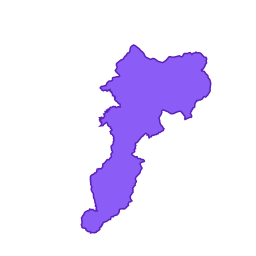 Rio Iró (Santa Rita), Chocó, Colombia (orthographic projection), rotated 312°
{"feature_id": "7082276B57881293772314", "entity_name": "Rio Iró (Santa Rita)", "entity_type": "district", "adm_level": 2, "iso_a3": "COL", "parent_name": "Colombia", "parent_adm1": "Chocó", "projection": "orthographic", "projection_center": [-76.486, 5.181], "detail": "fine", "context": "isolated", "style": "filled", "palette": "violet", "viewbox_px": 256, "rotation_deg": 312, "n_neighbors": 0, "source": "geoboundaries", "source_scale": "gbopen_adm2", "svg_char_len": 5941}
<svg xmlns="http://www.w3.org/2000/svg" viewBox="0 0 256 256"><g transform="rotate(312 128 128)"><path d="M26.3,171.2L27.8,173.3L29.3,174.2L30.2,173.8L31.0,174.4L33.2,174.9L33.9,174.8L34.8,173.7L36.3,174.1L36.7,174.1L37.2,173.6L38.1,174.0L38.6,173.2L39.8,173.5L41.1,172.8L44.1,174.4L45.5,174.9L47.0,175.0L47.7,175.5L48.3,176.2L50.3,175.1L51.2,175.1L51.5,175.4L52.0,176.4L52.6,176.2L53.9,176.6L56.0,178.0L57.6,178.1L58.9,177.9L59.5,177.5L60.1,177.4L61.5,176.2L62.0,176.2L62.9,176.6L64.1,177.9L65.0,178.3L65.0,179.1L65.9,179.7L71.0,180.1L71.2,179.3L72.3,178.7L73.5,178.3L74.3,178.7L75.0,179.4L76.0,179.3L76.5,179.6L77.0,177.2L78.0,176.3L78.3,175.5L79.9,175.0L80.6,175.1L81.3,174.8L83.7,174.7L84.2,174.0L85.4,173.2L86.3,171.6L87.3,171.8L89.1,171.4L90.1,171.7L90.9,170.9L92.2,170.2L93.1,170.3L94.2,169.6L94.5,168.4L95.1,167.5L95.9,167.1L97.1,166.8L102.6,166.9L105.1,165.6L106.9,165.5L107.5,165.3L107.9,164.8L108.1,163.4L108.7,162.5L109.2,161.2L110.1,160.5L112.4,161.4L113.7,162.4L114.3,162.4L114.7,161.7L114.7,160.6L113.6,158.9L113.4,157.4L112.3,156.2L112.0,155.5L112.0,154.9L112.7,153.9L112.5,153.6L111.5,153.0L111.2,151.8L110.8,149.3L111.2,148.1L112.1,148.1L114.9,148.8L115.7,147.9L115.9,147.1L116.8,147.1L117.7,147.4L118.8,145.9L120.2,145.7L120.8,144.2L121.6,143.7L123.7,144.6L124.3,144.3L125.7,144.5L126.9,144.1L128.0,144.3L129.4,144.1L131.0,144.1L132.7,144.6L133.7,144.4L135.5,144.6L136.0,145.0L136.2,145.7L136.2,146.3L135.5,146.9L136.4,147.8L136.5,148.1L135.8,148.6L134.8,150.3L136.2,150.4L137.1,151.2L138.5,150.8L140.4,152.3L141.5,152.7L141.8,153.3L143.3,153.7L143.6,154.2L145.3,153.9L146.0,154.7L147.9,155.1L149.5,155.9L150.6,155.4L151.5,155.3L151.5,154.2L152.2,152.5L152.2,150.9L152.7,149.4L153.5,147.8L154.7,146.6L156.2,144.2L157.9,144.0L158.3,143.7L159.5,143.7L161.6,143.0L162.1,142.8L162.8,141.8L163.9,141.6L164.4,141.6L165.2,142.5L166.8,146.8L167.3,150.2L167.6,150.7L169.4,152.3L172.5,153.6L174.7,154.9L175.3,155.6L175.8,156.7L175.3,157.9L175.6,159.0L175.0,160.1L174.8,162.5L173.8,163.5L172.7,164.0L172.5,164.7L176.9,166.6L178.2,167.8L178.9,167.8L179.6,167.2L180.7,164.7L182.3,163.7L183.2,163.9L184.1,163.3L185.0,163.5L186.0,162.8L187.3,163.4L188.2,163.5L190.8,161.5L191.8,161.2L194.0,161.0L194.3,160.7L195.0,161.6L196.1,161.9L197.6,163.2L199.7,163.8L200.8,163.4L202.2,163.5L202.9,165.0L205.9,165.2L207.3,164.8L209.5,164.6L211.1,163.8L212.0,162.7L216.3,159.8L217.5,158.3L218.7,156.3L218.9,154.2L220.4,152.1L220.4,149.6L221.0,147.3L221.0,146.6L220.3,145.8L220.3,144.9L219.8,144.6L220.2,143.8L220.7,143.6L221.5,144.2L222.1,144.3L225.1,143.8L227.0,143.0L228.8,142.9L229.5,142.3L229.6,141.9L230.1,141.1L231.7,140.5L232.2,139.9L232.7,138.8L231.6,137.1L232.2,132.8L231.9,131.2L231.2,130.1L230.5,129.6L229.9,128.5L229.9,127.8L228.4,127.4L227.2,126.4L225.4,126.3L225.6,123.8L224.6,123.0L223.3,122.5L221.2,120.1L220.3,119.9L218.5,120.4L217.2,120.6L216.5,120.0L216.2,118.8L216.2,118.0L211.7,115.0L210.1,113.3L209.0,111.3L208.5,110.9L203.9,111.0L200.4,110.3L199.5,109.6L197.7,105.9L197.2,101.3L196.2,99.8L194.1,99.0L192.6,93.9L192.7,92.8L194.0,89.7L194.2,87.7L194.0,84.9L194.4,83.7L194.0,78.3L193.4,76.6L192.5,76.2L190.6,75.9L189.4,76.1L188.4,76.5L187.2,77.5L185.6,78.3L184.3,78.2L183.3,77.5L182.8,77.8L181.7,77.7L180.6,78.2L179.2,77.7L177.3,78.1L175.4,78.2L173.7,77.2L169.5,76.5L167.9,76.5L166.8,77.5L166.1,79.0L165.0,79.8L162.2,80.1L161.7,82.0L161.7,85.5L161.1,87.0L160.2,87.0L158.5,85.3L157.1,84.5L155.5,83.1L154.7,83.1L153.2,84.4L151.6,84.0L150.5,82.8L149.7,82.3L147.1,82.3L144.9,83.3L144.4,82.7L143.0,82.0L141.9,81.2L141.6,80.7L140.6,80.3L139.8,80.3L139.1,80.6L139.0,82.7L138.7,83.3L139.2,84.8L140.1,85.1L140.8,86.0L141.5,86.2L141.6,86.7L141.3,87.6L141.6,88.0L143.3,88.3L143.5,89.0L144.4,88.7L144.6,88.8L143.3,90.6L143.9,91.5L143.2,92.1L143.1,93.2L142.2,94.6L141.7,94.9L142.4,95.8L142.5,96.3L141.9,97.2L142.4,97.9L141.7,98.3L141.2,98.2L141.1,98.6L140.5,98.8L140.1,99.6L140.3,100.3L139.9,101.1L140.3,102.3L139.8,104.7L140.2,105.2L140.3,106.3L139.2,107.2L138.5,108.2L138.0,108.0L137.4,106.6L136.5,106.0L135.4,105.7L135.1,105.0L135.4,104.2L134.2,102.7L133.5,102.3L132.6,102.2L132.1,101.8L131.7,101.1L129.9,101.1L129.6,101.7L128.9,101.0L128.8,101.4L128.3,100.8L127.9,101.2L127.4,100.6L127.3,101.8L126.6,101.6L126.4,101.2L126.1,101.9L125.9,102.0L125.4,101.5L125.3,100.4L124.9,100.0L124.4,100.8L123.7,101.1L123.0,101.1L122.1,100.6L121.9,101.4L121.5,101.8L121.4,102.6L119.0,103.1L117.8,102.4L118.5,101.8L118.5,101.3L117.4,100.8L116.6,100.0L116.3,101.1L115.6,101.2L116.2,102.0L115.4,102.0L115.1,102.3L114.6,102.2L114.6,103.0L114.2,103.2L114.2,103.6L114.2,104.0L114.6,104.2L114.4,104.6L112.6,106.1L111.0,106.0L112.1,106.8L113.0,107.8L114.3,107.6L117.1,108.1L117.9,108.5L117.8,109.4L116.6,111.0L116.5,113.0L117.1,114.4L116.0,115.4L116.2,116.5L115.8,117.4L113.4,117.1L113.3,117.8L112.4,118.7L112.2,119.3L112.7,120.8L112.3,121.6L112.2,122.5L111.8,122.9L111.7,123.7L110.1,124.6L109.6,126.0L108.1,126.1L107.8,126.5L106.2,127.6L104.9,127.8L103.7,127.6L102.9,127.9L100.8,130.4L99.9,132.5L99.4,132.7L97.9,132.7L96.8,133.1L96.0,134.5L95.0,135.0L93.8,134.8L91.8,135.1L91.3,134.8L91.1,134.1L90.4,133.7L86.3,134.0L84.5,133.4L82.3,135.1L80.1,135.5L79.0,134.6L78.5,133.6L77.5,133.3L76.9,132.6L74.4,133.9L73.5,134.1L73.0,134.0L72.2,133.3L70.6,133.4L69.3,132.6L67.9,132.6L67.3,132.4L66.6,132.7L65.4,133.9L64.7,134.2L64.1,135.4L63.1,135.8L62.5,137.1L61.3,137.7L59.8,140.9L58.7,140.9L57.4,142.1L56.4,144.6L56.1,146.1L54.0,148.2L52.9,149.5L52.6,150.9L50.2,153.8L49.6,155.4L48.7,155.7L48.1,156.1L48.4,157.3L46.3,158.6L45.9,160.6L45.6,160.5L45.0,159.5L44.3,159.1L44.0,157.3L44.1,156.6L43.6,156.3L43.2,155.5L42.6,155.4L42.2,153.8L40.3,154.2L39.6,153.4L37.1,152.4L35.1,152.6L33.9,153.2L32.7,153.0L31.7,153.4L30.2,153.5L27.1,157.0L26.2,157.7L25.0,157.9L24.2,159.4L23.3,160.5L23.6,161.5L24.7,163.0L25.0,163.7L24.9,164.1L24.2,164.7L24.1,166.3L24.3,167.7L25.6,168.9L25.6,169.3L25.1,169.8L24.9,170.4L26.3,171.2Z" fill="#8b5cf6" stroke="#5b21b6" stroke-width="1.5"/></g></svg>